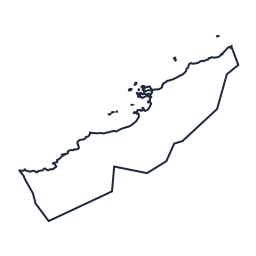 the district of Central Bougainville District, North Solomons, Papua New Guinea, rotated 275°
{"feature_id": "67681753B39357341288048", "entity_name": "Central Bougainville District", "entity_type": "district", "adm_level": 2, "iso_a3": "PNG", "parent_name": "Papua New Guinea", "parent_adm1": "North Solomons", "projection": "equal_earth", "projection_center": [155.551, -6.136], "detail": "fine", "context": "isolated", "style": "outline", "palette": "slate", "viewbox_px": 256, "rotation_deg": 275, "n_neighbors": 0, "source": "geoboundaries", "source_scale": "gbopen_adm2", "svg_char_len": 5878}
<svg xmlns="http://www.w3.org/2000/svg" viewBox="0 0 256 256"><g transform="rotate(275 128 128)"><path d="M218.5,223.8L217.8,222.8L217.0,221.0L216.5,220.3L214.1,218.6L212.4,217.1L210.7,216.0L210.3,215.6L209.8,214.5L209.6,214.6L209.9,215.4L209.8,216.4L209.7,215.9L209.1,214.3L208.4,213.9L207.3,212.8L206.6,211.7L206.3,210.9L205.5,207.0L205.8,205.8L205.8,205.1L205.6,204.8L205.2,204.6L204.9,204.0L204.9,203.0L204.5,202.3L204.0,202.1L203.4,202.0L203.1,201.8L202.9,201.2L202.8,200.5L202.6,199.9L201.2,197.4L201.1,197.1L201.3,196.3L201.3,195.7L200.9,194.5L200.6,194.0L199.8,193.4L199.2,192.4L198.5,190.5L197.8,187.9L197.7,186.5L197.9,185.7L198.2,185.2L197.4,183.8L197.1,183.4L196.7,183.2L196.0,183.2L195.6,182.9L194.1,182.8L193.3,182.5L192.6,181.5L192.1,181.2L189.8,180.8L189.0,180.4L186.4,178.1L185.0,176.1L184.9,175.3L183.1,173.0L181.3,170.1L179.9,167.4L178.6,164.0L178.6,163.6L178.2,162.7L177.9,162.3L177.3,162.1L176.8,161.6L176.1,160.1L175.5,159.2L174.5,159.2L173.3,158.2L172.8,158.2L172.1,158.5L171.6,158.4L171.0,157.9L170.5,157.1L169.5,155.9L169.1,154.4L168.7,151.8L168.3,149.6L168.0,149.1L167.6,148.8L167.1,149.0L165.8,148.4L165.0,148.7L164.7,148.2L163.9,148.1L163.4,147.5L163.3,147.1L164.0,145.8L163.9,145.3L163.1,143.5L163.1,142.8L163.2,142.4L163.4,142.0L164.1,141.8L164.2,141.3L164.2,140.8L164.1,140.7L163.7,140.8L163.3,140.8L163.0,140.4L162.8,138.3L162.9,137.9L163.2,137.9L163.7,138.3L164.1,137.8L164.1,137.5L163.7,136.5L162.6,135.1L162.4,134.9L162.2,134.9L162.0,135.1L161.8,136.6L161.5,137.0L161.2,137.0L161.0,136.6L160.3,135.2L160.1,135.3L160.1,136.1L159.8,137.5L160.1,138.3L160.0,138.6L159.7,139.0L159.3,139.3L159.2,139.6L159.6,140.3L159.9,140.9L160.4,141.7L160.7,142.4L161.9,143.7L162.0,144.5L161.5,145.5L161.1,145.5L161.0,146.3L161.3,146.7L161.6,146.8L161.7,147.2L161.7,147.6L161.2,148.4L160.9,148.5L160.5,148.0L159.8,147.8L158.9,147.3L157.3,147.5L156.8,146.9L156.2,145.6L155.8,145.6L155.2,146.1L155.2,146.9L155.4,147.4L155.4,147.8L155.2,148.2L154.8,148.7L154.4,148.9L153.5,148.8L152.8,148.3L152.2,148.1L151.3,148.0L149.3,147.0L147.9,145.9L147.4,145.3L146.8,144.0L146.6,143.0L146.8,142.7L147.3,142.6L148.9,141.8L149.2,141.6L149.4,141.2L149.4,140.9L149.2,140.7L148.8,141.2L148.4,141.3L146.7,140.7L146.5,140.3L146.3,139.3L146.6,139.0L147.0,138.9L147.2,138.7L147.1,138.3L146.7,137.7L146.6,137.1L146.8,136.3L146.4,135.9L145.1,135.4L144.6,135.0L144.2,134.4L144.4,133.0L144.3,132.8L143.6,132.5L143.4,132.7L143.7,133.7L143.7,134.6L143.1,135.4L143.1,135.8L143.2,136.1L143.4,136.8L143.0,137.4L141.2,137.8L139.8,137.7L139.3,137.4L135.7,135.7L135.1,135.2L132.0,132.2L130.1,129.6L129.4,128.5L129.0,127.6L128.9,126.6L128.5,125.7L127.6,124.0L126.9,122.0L124.2,117.6L123.6,116.9L123.5,116.1L123.9,115.2L123.7,113.6L123.1,112.4L123.1,111.3L122.2,110.0L121.9,109.1L121.9,108.2L121.6,107.0L120.7,105.0L120.4,104.0L120.4,103.3L120.7,101.9L120.7,101.4L120.3,99.7L120.0,97.1L120.0,95.0L119.8,92.8L119.8,92.1L119.9,91.5L120.3,90.8L120.1,90.6L118.4,90.4L117.4,90.0L116.3,89.2L115.9,88.7L115.7,88.3L115.7,87.9L115.5,87.1L115.0,86.6L113.9,86.4L113.5,86.1L113.1,85.5L112.8,84.8L112.5,83.2L112.3,82.6L112.0,81.9L111.8,80.8L110.9,79.8L110.1,79.2L108.9,78.9L108.0,79.0L106.5,80.0L105.6,80.0L105.1,80.5L104.2,80.8L103.7,80.8L102.8,80.0L102.0,77.9L102.0,77.0L102.1,76.6L102.1,76.2L101.6,75.9L101.1,75.2L101.1,72.9L100.8,72.4L100.3,71.3L99.8,70.5L99.3,70.1L97.7,70.3L97.0,69.1L96.6,67.0L96.0,65.9L96.0,65.0L95.9,64.8L95.5,65.3L95.4,65.7L96.1,66.8L96.2,67.3L96.1,67.5L95.9,67.3L95.0,66.1L95.0,65.6L95.1,65.4L94.9,65.0L94.4,65.0L94.2,64.9L93.2,63.7L92.3,63.3L90.9,61.9L90.4,60.6L90.1,60.2L89.7,60.1L88.8,60.6L88.3,60.6L87.5,60.0L87.6,59.3L87.0,58.0L86.9,57.2L86.7,56.7L86.3,56.2L86.1,56.3L85.7,57.6L85.4,58.3L84.6,59.1L83.9,59.3L83.5,59.9L82.7,59.5L82.2,58.7L81.5,58.1L81.2,57.6L80.6,57.1L80.4,55.9L80.0,55.1L80.2,54.2L79.8,53.7L78.9,52.0L79.0,51.1L80.3,49.2L80.4,48.8L80.3,48.4L79.8,47.6L78.7,47.0L78.5,46.7L78.0,45.3L77.9,44.3L77.3,42.4L76.6,42.0L75.9,41.0L76.3,39.8L77.0,38.9L77.1,38.5L77.1,37.0L77.0,36.6L76.4,35.8L76.4,35.4L76.0,34.3L76.0,33.8L76.2,33.0L76.8,29.7L77.7,29.1L77.7,28.7L77.2,28.6L76.5,27.6L76.3,27.0L76.1,25.4L76.1,24.9L76.4,24.0L76.4,23.8L76.3,23.6L75.9,23.7L75.6,24.2L75.2,24.4L71.5,28.0L67.4,30.2L54.6,39.0L44.7,42.5L28.4,57.1L63.5,117.6L88.4,117.6L84.7,150.9L98.3,169.1L116.5,175.4L119.7,183.4L154.7,215.1L190.2,221.8L200.4,232.4L217.8,224.1L217.2,223.5L217.6,223.5L217.8,223.8L218.1,223.8L218.5,223.8ZM169.1,140.2L168.8,139.9L167.5,139.2L167.4,139.3L167.4,140.3L167.2,140.6L166.5,140.2L166.3,140.4L166.4,140.9L166.3,142.7L166.8,143.3L167.4,144.9L167.4,146.6L167.9,147.4L168.7,147.8L169.1,147.7L169.9,146.8L170.5,146.7L170.9,146.5L171.2,146.1L171.3,145.7L171.2,145.0L170.9,144.7L170.5,144.2L170.5,142.9L170.0,142.0L169.5,141.6L169.2,141.1L169.1,140.2ZM167.0,128.2L167.1,127.9L167.0,126.5L166.7,126.1L166.2,125.6L165.6,125.6L165.4,126.3L165.8,127.1L166.1,127.4L166.4,128.0L167.0,128.2ZM171.3,140.2L171.3,139.2L170.8,138.3L170.2,137.8L169.6,138.5L169.5,139.2L169.9,139.6L170.5,139.8L170.9,140.4L171.1,140.5L171.3,140.2ZM173.9,132.4L173.9,131.8L173.2,131.3L172.2,131.0L172.0,130.8L171.6,131.0L171.8,131.6L172.5,132.2L173.5,132.6L173.9,132.4ZM202.2,168.9L202.2,168.7L201.6,167.8L201.2,167.8L201.1,168.0L201.4,168.7L202.0,169.0L202.2,168.9ZM227.6,210.0L227.6,209.5L227.2,208.7L227.0,208.8L227.1,209.7L227.4,210.1L227.6,210.0ZM142.6,111.0L142.4,110.7L141.8,110.5L142.5,111.9L142.6,111.0ZM200.1,169.7L200.3,169.4L200.3,169.2L200.1,169.0L199.6,169.0L199.4,169.4L199.7,169.7L200.1,169.7ZM163.4,134.4L163.8,134.0L163.8,133.8L163.0,133.8L162.9,134.2L163.2,134.5L163.4,134.4ZM140.2,108.2L140.0,107.8L139.7,108.1L139.8,108.8L140.2,109.0L140.2,108.2ZM167.4,135.7L167.5,135.3L167.3,135.2L166.6,135.2L166.5,135.4L166.7,135.6L167.4,135.7ZM143.5,115.6L143.0,114.9L143.4,116.5L143.5,115.6ZM151.5,129.4L151.0,128.9L151.4,129.9L151.5,129.4Z" fill="none" stroke="#1e293b" stroke-width="2"/></g></svg>